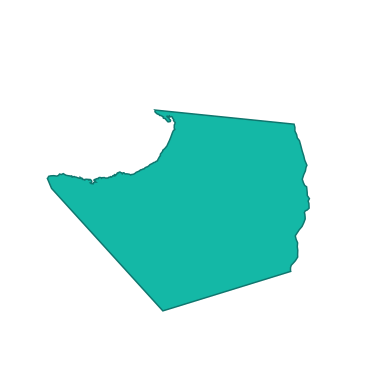 Ngebei, Palau, rotated 215°
{"feature_id": "81905179B35974165109386", "entity_name": "Ngebei", "entity_type": "district", "adm_level": 2, "iso_a3": "PLW", "parent_name": "Palau", "parent_adm1": "", "projection": "albers", "projection_center": [134.637, 7.688], "detail": "fine", "context": "isolated", "style": "filled", "palette": "teal", "viewbox_px": 384, "rotation_deg": 215, "n_neighbors": 0, "source": "geoboundaries", "source_scale": "gbopen_adm2", "svg_char_len": 3140}
<svg xmlns="http://www.w3.org/2000/svg" viewBox="0 0 384 384"><g transform="rotate(215 192 192)"><path d="M269.3,237.9L268.6,237.7L268.6,236.8L267.9,236.3L265.3,236.0L263.6,236.5L262.3,236.2L261.4,236.8L258.5,237.1L258.4,236.5L257.8,236.1L257.1,236.3L255.8,236.8L255.1,236.4L253.8,236.1L252.6,235.8L251.8,235.7L250.9,236.6L250.4,237.0L250.3,237.8L250.7,238.5L251.3,238.7L251.9,238.5L252.7,238.9L253.2,239.4L254.1,239.2L255.8,239.4L255.9,239.9L254.4,240.5L254.1,241.3L253.5,240.7L252.8,241.2L252.0,242.1L250.9,242.0L250.4,241.4L249.0,241.0L248.5,240.9L248.2,240.0L246.8,239.5L245.6,239.3L245.0,237.6L245.0,236.8L244.3,235.8L243.3,234.2L242.0,233.5L242.0,232.8L242.5,232.0L242.1,229.5L240.9,225.1L240.0,221.2L239.3,217.1L238.9,215.3L239.1,214.5L239.0,213.8L239.1,213.0L239.5,210.7L239.9,209.4L239.4,208.8L239.6,204.9L239.1,204.1L238.6,203.5L238.9,203.0L238.7,200.6L238.5,198.9L238.2,197.7L238.9,196.7L239.4,195.1L240.1,194.4L241.1,192.1L242.1,190.4L242.3,189.0L242.9,187.1L243.4,186.6L244.3,185.1L244.6,183.3L245.3,182.8L246.0,181.4L246.5,181.1L247.0,180.1L247.2,178.9L247.6,178.5L248.1,177.5L249.0,176.2L249.3,174.8L250.1,173.0L251.6,171.6L252.0,170.8L253.2,170.7L254.4,170.2L255.8,169.5L257.1,168.5L257.8,168.5L258.5,168.7L259.1,168.5L259.5,167.9L259.6,166.9L260.6,167.4L261.1,167.2L261.7,167.0L262.4,167.1L262.8,166.7L263.1,166.3L263.2,165.8L263.5,165.0L264.0,164.9L264.1,164.2L263.9,163.6L264.0,162.5L264.6,162.1L265.2,162.1L265.4,161.4L264.5,161.1L265.0,160.5L265.8,160.3L266.2,159.8L266.2,159.2L266.4,158.5L266.8,157.8L267.4,157.9L267.6,157.3L268.5,156.5L268.9,155.2L269.8,154.6L270.7,153.8L272.0,153.6L273.9,152.1L273.9,151.4L274.9,151.5L275.9,151.0L276.5,150.4L276.5,149.6L276.5,149.0L277.3,148.8L277.5,148.4L277.8,148.0L278.2,147.6L278.1,147.0L277.9,146.7L278.1,146.4L278.9,146.4L279.2,145.7L278.9,145.3L277.7,145.1L276.5,145.0L277.1,144.6L277.6,143.9L278.0,143.1L277.7,142.7L277.7,141.9L278.5,141.6L279.6,141.0L280.6,141.1L279.8,142.2L280.1,143.1L280.8,143.6L281.4,143.8L282.3,143.8L283.0,143.0L283.1,143.5L284.5,142.6L285.5,142.1L286.4,141.4L286.9,140.9L286.7,140.3L287.4,140.1L288.2,140.1L288.7,139.6L289.4,139.6L289.6,140.1L290.1,140.2L290.7,140.0L290.9,139.5L292.1,139.8L291.8,139.0L292.2,138.6L294.6,137.9L295.6,137.7L296.6,137.1L297.4,137.1L297.8,136.6L298.2,136.1L298.7,135.5L299.3,136.1L300.1,136.0L300.6,135.3L301.1,135.2L303.3,134.1L305.0,133.4L308.0,133.2L309.0,131.4L310.8,130.7L310.9,129.0L311.8,127.5L314.6,126.1L317.0,124.2L318.4,122.6L318.1,120.8L318.3,120.2L309.9,114.9L309.1,114.4L147.7,77.9L65.6,183.6L66.3,184.2L67.9,186.5L68.7,188.9L68.2,192.4L67.9,195.0L68.1,199.3L69.6,201.3L72.0,205.0L74.4,207.6L76.3,210.9L79.5,212.9L82.0,215.1L82.3,215.6L82.5,222.5L82.1,226.9L82.8,231.0L83.8,234.8L85.1,236.5L86.9,238.6L88.1,239.5L88.4,241.5L87.3,243.3L86.8,245.9L89.6,249.6L91.7,251.2L92.0,253.9L95.5,255.2L97.3,257.6L99.1,259.7L101.1,262.0L103.4,262.0L105.9,263.4L109.0,265.7L110.4,270.2L111.2,274.3L112.7,277.5L113.2,279.8L118.0,282.8L121.1,285.6L125.4,288.9L130.2,293.0L133.5,295.7L136.8,296.7L139.2,299.0L142.7,301.0L144.8,304.0L147.3,306.1L269.3,237.9Z" fill="#14b8a6" stroke="#0f766e" stroke-width="1.5"/></g></svg>